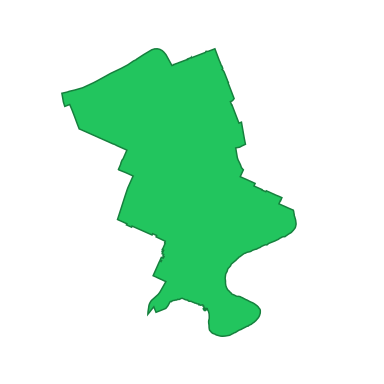 Bayswater, Western Australia, Australia, rotated 339°
{"feature_id": "25037944B12143686182506", "entity_name": "Bayswater", "entity_type": "district", "adm_level": 2, "iso_a3": "AUS", "parent_name": "Australia", "parent_adm1": "Western Australia", "projection": "orthographic", "projection_center": [115.908, -31.909], "detail": "fine", "context": "isolated", "style": "filled", "palette": "green", "viewbox_px": 384, "rotation_deg": 339, "n_neighbors": 0, "source": "geoboundaries", "source_scale": "gbopen_adm2", "svg_char_len": 5973}
<svg xmlns="http://www.w3.org/2000/svg" viewBox="0 0 384 384"><g transform="rotate(339 192 192)"><path d="M264.8,119.9L264.8,103.1L265.0,103.0L265.1,102.7L265.3,102.6L265.1,102.0L265.0,101.1L265.1,100.5L265.0,91.8L264.9,90.8L264.7,89.9L264.3,89.0L264.0,88.5L264.5,88.3L264.9,87.9L265.0,87.4L265.0,87.0L265.0,84.9L264.7,84.6L264.7,79.9L264.6,79.7L264.7,66.5L257.7,66.5L256.9,66.3L255.9,65.9L255.5,65.7L255.1,66.1L254.6,66.4L254.0,66.5L240.3,66.5L239.6,66.5L239.6,66.0L239.4,66.2L235.5,66.2L235.5,66.8L235.1,66.8L234.8,66.6L222.9,66.5L220.6,66.5L220.4,66.4L220.3,66.8L218.6,66.8L216.9,54.4L215.8,51.2L214.8,49.3L213.1,47.3L211.0,45.9L208.4,45.0L205.4,44.8L196.1,46.4L187.7,48.2L187.3,48.5L184.3,48.7L177.6,50.3L170.3,51.2L158.6,52.1L142.7,54.3L139.2,54.7L127.3,55.5L119.1,54.8L113.4,54.0L111.5,54.0L105.9,53.2L104.2,61.8L104.0,64.8L103.9,66.5L109.2,66.5L109.4,72.3L109.4,78.5L109.4,78.9L109.4,79.9L109.3,86.9L109.3,92.7L109.7,93.0L135.6,118.9L136.7,119.7L138.5,121.8L145.8,129.1L146.2,129.6L139.5,136.4L138.8,136.7L138.1,137.2L136.2,139.2L135.5,140.3L134.9,141.0L131.7,144.3L131.4,144.5L131.5,145.0L136.8,149.9L142.8,156.0L141.8,156.9L137.8,160.9L133.6,165.1L132.3,166.6L128.2,171.6L112.6,191.0L119.9,198.4L119.0,199.2L123.0,203.2L123.8,202.3L139.3,217.8L140.3,216.8L143.4,219.9L142.4,221.0L142.7,221.3L149.4,228.4L148.2,229.7L148.6,230.2L144.7,234.2L143.7,234.9L144.1,235.4L143.9,235.6L144.6,236.3L143.5,237.4L142.8,236.7L142.6,237.0L143.2,237.7L142.0,238.9L142.3,239.2L142.4,239.4L143.2,240.1L141.9,241.3L142.8,242.2L141.7,243.3L141.3,242.9L141.0,243.1L139.9,242.1L137.9,244.1L139.0,245.2L138.2,245.9L137.2,244.8L136.2,245.7L125.7,256.2L135.5,266.3L126.9,273.4L125.7,274.3L123.7,275.5L122.7,275.9L117.2,278.0L116.3,278.3L115.0,278.9L114.0,279.6L112.9,280.5L112.0,281.4L111.3,282.3L110.6,283.4L110.2,284.2L108.1,287.9L107.0,290.3L109.3,289.0L110.9,288.0L115.2,285.5L115.3,291.4L119.5,291.4L125.9,291.3L126.3,291.0L127.6,290.3L128.7,289.6L129.5,288.9L130.0,288.5L130.8,287.8L131.6,287.1L132.2,286.7L132.6,286.5L133.5,287.0L134.1,286.8L134.2,286.7L134.6,286.5L135.2,286.5L136.4,286.8L138.0,287.0L138.9,287.3L139.4,287.3L140.0,287.1L140.3,287.1L140.9,287.5L142.0,287.8L142.4,287.7L142.9,287.5L143.3,287.5L143.8,287.5L144.6,287.7L144.9,287.8L145.4,288.3L146.3,289.2L146.7,289.7L147.4,290.3L149.3,291.5L149.4,292.1L149.7,292.6L150.0,292.8L150.8,293.3L151.7,293.6L152.1,293.8L152.9,294.8L154.5,296.2L154.7,296.6L155.8,297.2L156.4,297.9L156.7,298.2L157.4,298.6L158.3,299.0L158.3,299.5L158.0,299.7L158.0,299.9L158.8,300.2L159.5,300.8L160.4,301.0L161.0,301.0L161.4,301.1L161.7,301.4L161.8,301.6L161.7,301.9L161.7,302.0L161.4,302.4L161.8,302.8L162.0,302.8L161.9,303.5L161.9,304.1L162.2,304.8L162.4,305.3L162.5,305.7L162.4,305.9L162.2,306.1L161.8,306.0L161.5,305.8L161.3,305.6L161.1,305.0L160.9,304.8L160.6,305.1L160.7,305.4L160.8,305.9L161.0,306.8L161.0,307.0L161.5,307.3L162.2,307.5L162.4,307.4L163.0,307.1L163.1,306.9L163.0,306.5L163.1,306.1L163.2,305.9L163.4,305.8L164.1,306.0L164.5,306.3L164.3,307.5L164.6,309.1L164.6,309.4L164.5,310.3L164.3,312.0L163.6,314.1L162.8,316.2L161.5,318.1L161.0,319.1L160.5,320.7L160.4,321.4L160.0,322.9L159.7,323.7L159.3,324.9L158.9,326.9L158.9,327.2L159.0,327.7L159.4,328.6L159.7,329.6L160.2,330.7L161.0,331.7L162.4,332.8L162.8,333.4L163.5,334.2L164.6,335.0L166.9,336.7L168.5,337.5L170.4,338.1L171.5,338.4L174.5,339.0L175.6,339.2L176.5,339.2L178.3,338.9L179.3,338.9L180.1,338.7L181.2,338.6L182.2,338.7L186.1,337.9L187.3,337.8L187.7,337.9L188.6,337.9L190.5,337.6L192.7,337.4L194.9,337.1L195.5,337.1L196.0,337.3L196.6,337.3L196.9,337.2L197.2,336.9L197.3,336.9L198.4,336.8L199.6,336.8L202.4,336.0L203.0,335.9L203.9,335.6L204.3,335.4L205.5,335.0L206.0,334.7L209.0,333.1L210.3,332.0L210.9,331.4L211.2,330.9L211.9,330.1L212.1,329.8L212.6,328.9L213.0,327.9L213.4,326.8L213.4,325.9L213.3,325.4L212.9,324.2L212.6,322.9L211.9,321.4L210.1,318.6L209.6,318.0L209.0,317.2L208.0,316.3L207.0,315.3L205.0,313.0L204.5,312.4L204.3,312.2L203.9,312.0L203.0,310.9L202.0,309.8L201.8,309.5L201.1,308.7L200.2,307.9L200.0,307.6L199.4,306.9L199.1,306.7L198.1,306.1L196.5,305.5L195.8,304.8L194.6,303.4L193.1,302.0L192.7,301.6L192.5,301.3L192.3,300.4L192.2,300.0L191.6,299.1L191.3,298.0L190.7,297.0L190.3,296.0L190.0,294.1L190.0,293.4L190.0,292.0L190.0,291.7L190.2,290.9L190.4,289.8L190.7,289.0L190.9,288.2L191.3,287.4L191.8,285.5L192.0,284.5L193.2,282.2L194.0,280.8L194.5,280.2L194.9,279.9L196.1,278.9L196.9,278.0L197.2,277.4L198.1,276.5L198.7,276.1L199.5,275.8L201.6,274.7L201.9,274.4L202.3,273.8L203.1,273.3L207.5,271.8L208.4,271.6L208.7,271.3L209.4,271.1L209.8,270.9L210.2,270.6L211.5,270.2L211.8,270.1L212.1,269.8L212.4,269.7L212.8,269.6L213.3,269.6L216.5,268.7L217.3,268.4L217.6,268.4L218.6,268.1L219.0,268.1L219.4,268.2L219.9,268.2L221.0,268.1L221.9,268.0L222.4,268.1L223.5,268.3L224.9,268.5L225.5,268.5L225.8,268.5L226.9,268.2L228.5,268.1L230.5,268.2L231.4,268.4L232.0,268.4L232.9,268.3L233.3,268.2L234.3,268.1L235.4,268.2L237.4,267.7L240.7,267.5L241.6,267.6L242.0,267.7L242.6,268.0L242.9,268.2L243.2,268.2L243.8,268.1L244.6,267.6L245.1,267.5L252.1,267.4L254.1,267.2L255.2,267.2L257.9,266.6L259.4,266.5L260.2,266.3L261.3,266.5L262.3,266.9L263.0,267.0L263.7,266.7L264.9,266.5L265.7,266.2L268.1,265.7L269.1,265.6L270.4,265.3L271.3,264.8L272.8,264.1L275.3,262.6L275.8,262.1L276.4,261.3L277.3,259.9L277.6,259.4L277.9,258.5L278.7,255.3L278.9,253.1L279.0,252.1L279.0,250.7L279.4,249.4L279.6,248.1L279.9,246.9L280.1,245.3L276.7,242.0L276.4,241.7L268.9,234.2L271.3,231.8L271.5,232.0L273.9,229.5L271.6,227.2L269.1,224.9L264.5,220.2L261.8,217.5L261.0,218.2L257.9,215.1L258.2,214.8L252.0,208.6L254.0,206.6L242.5,195.0L247.9,189.7L247.4,188.4L247.0,187.2L246.9,185.9L247.0,184.1L246.9,182.8L246.7,180.4L246.5,178.4L246.6,176.7L246.7,175.8L248.6,166.5L252.3,167.2L252.9,167.2L255.1,166.9L259.0,166.6L260.0,160.8L263.2,144.5L260.5,144.5L260.5,125.0L260.2,125.0L260.2,121.4L261.5,121.4L262.3,121.3L263.0,121.0L264.8,119.9Z" fill="#22c55e" stroke="#15803d" stroke-width="1.5"/></g></svg>